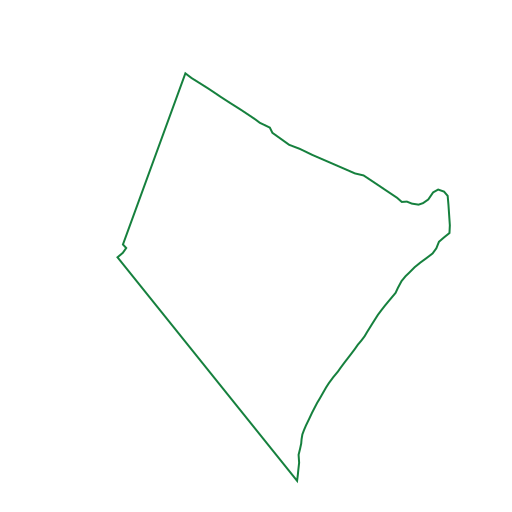 outline of Galinhos, Rio Grande do Norte, Brazil, rotated 125°
{"feature_id": "56859067B90906077559258", "entity_name": "Galinhos", "entity_type": "district", "adm_level": 2, "iso_a3": "BRA", "parent_name": "Brazil", "parent_adm1": "Rio Grande do Norte", "projection": "mercator", "projection_center": [-36.221, -5.183], "detail": "fine", "context": "isolated", "style": "outline", "palette": "green", "viewbox_px": 512, "rotation_deg": 125, "n_neighbors": 0, "source": "geoboundaries", "source_scale": "gbopen_adm2", "svg_char_len": 1155}
<svg xmlns="http://www.w3.org/2000/svg" viewBox="0 0 512 512"><g transform="rotate(125 256 256)"><path d="M416.6,93.4L411.1,96.3L407.2,98.5L400.6,102.1L394.4,107.1L388.7,109.3L383.7,111.4L379.9,113.6L375.5,115.7L370.8,116.9L366.0,117.9L359.1,119.0L352.2,120.2L346.3,121.0L341.0,121.7L336.4,122.0L330.0,122.6L323.4,123.2L318.3,123.4L310.8,123.2L303.6,122.6L298.8,122.6L292.1,122.4L283.8,122.0L276.1,121.7L270.2,121.7L264.9,121.2L259.5,121.0L254.4,121.4L245.1,121.9L238.7,122.2L234.1,122.4L228.3,122.2L222.5,121.9L217.5,121.5L211.7,121.0L206.2,120.5L200.6,121.5L193.0,122.4L186.7,121.9L182.2,121.0L174.1,119.6L167.1,117.6L159.5,115.0L152.6,112.8L146.2,112.7L139.4,114.3L133.1,112.7L126.2,110.7L119.7,114.8L103.7,127.7L96.8,133.5L95.4,138.9L97.1,144.9L102.3,147.4L110.9,147.3L116.9,149.5L120.7,152.3L123.7,158.4L124.9,163.6L128.1,167.6L127.4,173.8L128.3,214.1L131.6,222.3L140.9,267.8L143.1,281.4L145.9,292.6L145.7,313.2L142.9,318.3L144.7,329.3L144.5,334.6L144.9,352.5L145.5,364.9L145.7,370.5L145.9,376.0L146.2,391.3L147.2,410.7L146.9,418.6L322.9,371.6L323.9,366.9L329.8,366.9L336.5,368.7L416.6,93.4Z" fill="none" stroke="#15803d" stroke-width="2"/></g></svg>